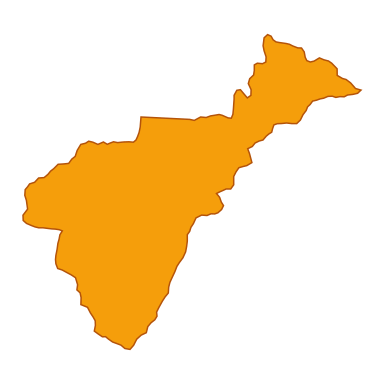 Presidente Alves, São Paulo, Brazil (Natural Earth projection)
{"feature_id": "56859067B62232848878752", "entity_name": "Presidente Alves", "entity_type": "district", "adm_level": 2, "iso_a3": "BRA", "parent_name": "Brazil", "parent_adm1": "São Paulo", "projection": "natural_earth1", "projection_center": [-49.409, -22.123], "detail": "fine", "context": "isolated", "style": "filled", "palette": "amber", "viewbox_px": 384, "rotation_deg": 0, "n_neighbors": 0, "source": "geoboundaries", "source_scale": "gbopen_adm2", "svg_char_len": 2669}
<svg xmlns="http://www.w3.org/2000/svg" viewBox="0 0 384 384"><path d="M361.0,90.1L355.5,88.5L350.7,83.0L346.1,79.5L342.5,78.5L337.2,75.4L337.1,68.8L331.7,63.2L328.5,61.0L323.9,59.8L319.4,57.9L314.1,61.1L310.3,62.0L306.8,60.6L305.2,57.3L304.2,51.9L301.5,48.0L297.8,47.9L292.6,45.9L289.5,44.3L286.1,43.5L279.1,42.5L276.0,41.9L273.1,39.8L271.1,36.2L267.6,34.6L264.1,37.8L263.1,45.8L264.1,50.8L266.1,56.9L265.8,62.0L262.5,63.7L257.3,63.2L254.3,64.9L254.3,70.5L253.6,75.0L249.7,78.7L248.3,83.6L251.1,89.7L250.9,95.4L247.3,97.9L240.4,89.7L236.8,90.3L234.1,95.3L234.1,99.1L233.8,103.3L233.4,109.2L232.9,114.3L231.3,118.2L228.1,117.9L222.2,115.3L219.1,114.5L214.4,115.3L210.6,115.9L206.2,117.5L200.6,117.0L194.3,120.4L189.7,119.4L141.0,117.0L140.2,127.1L139.1,132.4L137.6,136.5L136.0,140.0L133.4,142.2L129.0,141.8L123.5,142.0L117.6,142.6L113.5,141.8L110.3,143.0L107.3,144.3L103.4,142.0L97.9,144.4L92.9,142.2L88.7,141.2L85.6,143.2L80.8,144.4L77.2,150.4L75.2,156.4L71.8,159.1L68.7,163.4L64.2,163.9L58.1,164.3L53.7,168.7L50.6,171.1L48.0,174.3L44.1,177.6L38.6,178.0L34.6,182.3L29.6,183.9L27.6,186.8L25.2,189.6L24.8,195.3L26.4,200.4L27.6,209.1L23.0,215.2L23.2,220.5L26.5,223.4L31.6,225.6L35.0,226.9L38.8,227.8L43.1,227.8L48.5,228.5L51.9,228.9L55.3,229.1L59.3,229.7L62.3,230.9L59.9,234.8L59.1,239.1L57.9,243.4L57.1,249.3L55.9,255.4L55.5,259.6L55.9,263.8L57.7,268.5L62.2,270.0L66.6,272.4L71.3,274.9L75.5,277.7L77.6,284.7L76.9,289.9L80.1,292.8L81.1,297.6L80.9,304.6L87.5,307.3L90.4,312.9L93.0,316.8L95.2,320.7L95.4,325.4L94.3,331.1L98.1,333.9L102.4,336.8L105.6,336.7L108.6,339.2L112.6,342.0L117.2,343.7L120.9,345.1L124.9,348.5L130.0,349.4L133.6,345.3L136.7,339.2L141.2,335.1L146.3,332.7L147.8,326.6L151.1,322.7L154.8,319.8L157.0,316.2L156.6,312.1L158.8,307.6L162.4,301.1L165.1,296.9L168.3,293.0L168.7,287.1L169.9,282.4L171.9,278.0L174.9,271.6L176.9,266.4L179.4,262.5L182.9,257.8L185.6,251.9L186.6,246.6L187.3,241.1L187.3,234.7L189.7,231.3L190.9,227.4L193.4,223.6L196.0,217.9L201.6,215.1L207.0,215.5L211.0,213.8L214.8,213.9L217.9,212.8L221.6,209.5L223.5,205.6L221.3,202.1L219.6,197.3L216.5,193.5L220.1,191.7L223.1,190.4L226.1,189.0L230.7,189.0L233.7,184.8L233.7,176.5L236.0,171.9L238.9,167.7L243.1,166.5L246.8,165.6L251.9,162.6L249.5,153.6L247.7,148.7L252.3,146.5L255.1,143.0L259.2,141.0L263.0,140.0L266.2,136.2L268.8,134.0L271.7,132.2L272.6,128.6L273.9,124.9L277.2,123.7L281.8,123.5L286.6,123.0L292.0,123.6L296.7,123.6L300.4,120.0L303.0,114.7L306.1,110.6L307.6,106.8L310.2,104.4L312.6,101.1L316.5,100.2L320.1,98.9L323.7,98.2L327.9,96.4L332.3,96.2L335.8,97.4L339.9,96.6L344.2,96.8L347.6,95.0L352.8,94.4L357.6,93.3L361.0,90.1Z" fill="#f59e0b" stroke="#b45309" stroke-width="1.5"/></svg>